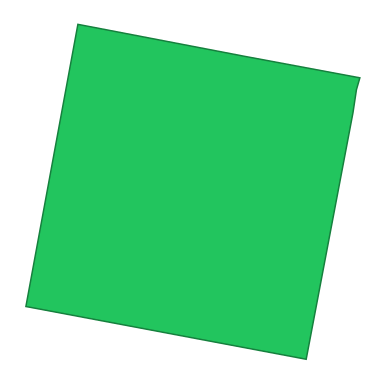 Ogemaw, Michigan, United States of America (Albers equal-area conic projection), rotated 191°
{"feature_id": "52423323B55359053905467", "entity_name": "Ogemaw", "entity_type": "district", "adm_level": 2, "iso_a3": "USA", "parent_name": "United States of America", "parent_adm1": "Michigan", "projection": "albers", "projection_center": [-84.223, 44.335], "detail": "fine", "context": "isolated", "style": "filled", "palette": "green", "viewbox_px": 384, "rotation_deg": 191, "n_neighbors": 0, "source": "geoboundaries", "source_scale": "gbopen_adm2", "svg_char_len": 259}
<svg xmlns="http://www.w3.org/2000/svg" viewBox="0 0 384 384"><g transform="rotate(191 192 192)"><path d="M48.0,49.6L49.1,300.4L50.1,323.8L49.0,336.1L168.7,335.2L336.0,334.8L333.2,47.9L48.0,49.6Z" fill="#22c55e" stroke="#15803d" stroke-width="1.5"/></g></svg>